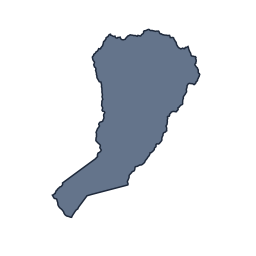 Chorrochó, Bahia, Brazil (Albers equal-area conic projection), rotated 196°
{"feature_id": "56859067B48761296402275", "entity_name": "Chorrochó", "entity_type": "district", "adm_level": 2, "iso_a3": "BRA", "parent_name": "Brazil", "parent_adm1": "Bahia", "projection": "albers", "projection_center": [-39.189, -9.189], "detail": "fine", "context": "isolated", "style": "filled", "palette": "slate", "viewbox_px": 256, "rotation_deg": 196, "n_neighbors": 0, "source": "geoboundaries", "source_scale": "gbopen_adm2", "svg_char_len": 5908}
<svg xmlns="http://www.w3.org/2000/svg" viewBox="0 0 256 256"><g transform="rotate(196 128 128)"><path d="M157.6,26.6L157.5,27.4L157.4,28.2L157.2,28.9L156.7,30.6L156.4,31.5L156.2,32.2L156.0,32.9L155.4,34.5L155.1,35.1L154.5,35.8L154.0,36.3L153.9,37.2L153.7,38.3L153.4,39.2L148.7,51.6L143.7,54.7L113.0,72.9L112.4,73.4L112.7,74.7L113.5,75.6L113.9,76.6L113.7,77.6L113.4,79.7L113.4,81.2L113.7,81.9L113.8,82.8L113.5,83.7L112.3,86.0L112.2,86.6L111.7,87.2L111.2,87.8L110.5,88.2L110.1,89.2L110.1,90.3L110.3,91.3L110.4,92.2L110.2,92.9L109.3,93.3L108.3,93.8L107.7,94.5L106.8,95.4L106.2,95.8L105.5,95.9L104.7,96.4L104.0,97.2L102.6,99.4L102.5,100.4L102.3,101.6L101.4,103.6L100.8,105.7L100.3,106.6L100.1,107.2L99.9,108.5L99.8,109.4L99.9,110.3L99.0,110.6L98.5,111.3L98.0,112.1L97.6,112.7L97.2,113.5L96.8,114.5L97.0,115.7L96.8,116.6L96.1,117.4L96.0,118.3L96.3,119.0L96.5,119.7L96.2,120.5L95.5,120.8L94.1,121.1L93.5,122.0L93.1,122.9L92.7,123.8L92.2,125.1L92.1,125.9L92.4,126.5L92.6,127.3L92.7,128.3L92.6,129.3L92.3,130.5L92.6,131.3L92.6,132.8L92.2,133.4L91.8,133.8L90.9,134.5L90.5,135.5L90.0,136.0L90.4,136.9L90.6,138.0L90.9,138.8L91.4,139.6L92.0,140.3L91.9,141.1L91.6,141.8L91.5,142.7L91.8,143.7L91.8,144.7L92.1,145.4L92.4,146.3L92.5,147.3L92.5,148.4L93.2,149.5L93.0,150.1L92.3,150.4L91.7,150.6L91.5,151.6L91.9,152.6L91.5,153.3L91.0,154.4L90.7,155.3L89.9,155.9L89.1,156.4L88.1,156.6L86.3,156.8L85.8,157.2L85.8,157.9L85.3,158.7L84.9,159.4L85.5,161.2L84.6,162.2L84.2,163.3L83.8,164.0L83.4,164.7L82.5,165.4L82.1,166.1L82.3,167.0L82.6,167.6L82.7,168.2L82.8,168.8L83.0,169.6L83.1,170.5L82.9,171.5L83.1,172.2L83.4,172.9L83.3,173.6L83.0,174.5L82.4,176.1L82.2,177.1L81.7,178.7L81.8,179.4L82.5,180.9L82.6,181.9L82.5,182.9L82.6,183.8L82.9,184.9L82.4,186.7L82.0,187.3L81.4,187.8L80.4,187.9L79.3,188.1L78.2,188.4L76.5,187.9L75.9,188.3L75.8,189.1L75.3,189.7L75.2,190.6L75.2,191.3L74.7,191.8L74.3,192.8L74.5,193.8L74.4,194.4L74.2,195.0L74.1,196.3L73.8,197.3L73.9,198.2L73.8,199.2L74.4,199.9L75.2,200.2L75.8,200.8L76.0,201.6L76.3,202.4L76.4,203.1L77.3,204.0L77.9,204.9L78.6,205.2L79.4,205.7L81.2,207.2L81.2,208.0L81.0,208.6L80.6,209.2L81.0,209.8L80.8,210.6L81.0,211.6L81.5,212.7L82.1,213.2L82.1,214.6L83.0,215.2L83.9,214.9L84.6,215.1L85.4,214.8L86.1,214.9L86.9,214.8L87.6,215.6L88.1,216.6L88.7,217.5L89.3,218.0L90.0,218.7L90.5,219.5L91.1,220.2L91.6,220.9L91.9,221.6L92.3,222.2L92.8,222.9L93.4,222.2L94.1,221.5L94.9,221.4L95.3,220.8L95.3,220.0L95.9,219.7L96.6,219.7L97.4,219.9L98.1,219.3L99.0,218.6L101.5,219.2L102.1,219.6L102.8,220.1L103.4,220.8L104.2,221.4L104.6,222.2L105.4,223.7L105.9,224.0L106.5,224.4L107.1,225.1L107.6,225.5L108.5,226.3L108.9,227.1L109.7,227.4L110.4,227.2L111.4,226.8L112.3,226.6L112.6,227.2L113.0,227.7L113.6,228.5L114.3,228.2L115.9,227.8L116.7,227.8L118.3,227.4L119.2,227.4L120.2,227.3L121.1,227.4L121.7,227.7L122.4,227.5L123.2,227.6L123.8,228.0L124.2,228.5L124.7,229.1L125.3,229.6L126.4,229.2L127.6,228.9L128.4,228.4L129.4,228.5L130.6,228.4L131.9,228.4L132.9,227.9L133.9,228.0L134.6,228.5L135.6,228.4L136.1,228.0L136.7,227.5L137.3,226.9L138.2,226.3L139.2,225.9L139.6,225.1L139.3,224.2L139.4,223.2L139.9,222.3L140.6,221.7L140.9,220.8L141.2,220.0L141.8,219.8L143.0,219.8L144.0,219.8L144.4,218.7L145.1,218.7L145.8,218.9L146.8,218.9L147.8,218.4L148.7,218.5L149.7,218.4L150.6,218.2L151.5,218.2L152.1,217.7L152.7,216.9L153.3,216.7L154.6,214.3L154.9,213.4L155.1,212.5L155.9,212.1L156.7,211.5L157.7,211.3L158.5,211.3L159.4,211.7L160.1,212.5L160.6,213.2L161.2,212.8L161.9,212.5L162.7,212.3L163.1,211.5L164.1,211.3L164.8,211.5L165.4,211.9L165.8,212.7L166.7,212.3L167.4,212.0L168.4,212.2L169.2,212.5L170.2,212.4L170.7,213.3L171.4,212.9L171.9,212.4L172.2,211.6L172.3,210.5L172.9,209.9L173.5,209.3L174.0,208.6L173.8,207.9L173.8,207.2L174.2,206.4L174.5,205.2L175.2,204.5L175.3,203.7L175.1,202.9L175.1,202.2L175.1,201.0L175.1,199.9L175.6,199.1L175.8,198.4L176.2,197.7L176.1,196.8L176.6,196.3L177.4,196.3L178.1,196.2L178.1,195.4L178.3,194.6L178.5,193.6L179.0,193.0L179.6,192.6L179.8,191.6L180.1,190.7L180.6,190.2L181.2,189.3L181.0,188.4L181.3,187.6L181.8,186.8L181.7,186.0L181.2,185.1L180.8,184.3L180.2,183.5L179.3,182.8L178.6,182.4L178.2,181.6L178.3,180.9L178.2,180.2L178.4,179.3L177.9,178.7L177.0,177.4L176.1,177.2L175.4,176.5L175.0,175.5L175.1,174.5L174.5,173.7L174.0,172.8L173.4,172.0L173.1,170.6L172.4,169.8L171.7,167.8L171.1,167.2L170.6,166.8L169.0,165.2L168.4,164.6L167.4,164.6L166.5,164.6L166.3,163.8L165.8,163.2L165.5,162.6L165.0,161.2L164.9,160.2L164.2,159.4L163.6,157.5L163.3,156.8L163.1,155.8L162.9,155.1L162.4,154.3L161.7,152.8L161.6,152.0L161.7,151.2L161.3,150.4L160.5,149.2L160.1,148.5L160.4,147.8L160.5,146.9L160.4,145.9L160.1,145.3L159.6,142.4L159.2,141.9L158.6,141.4L158.0,140.5L157.8,139.9L157.9,138.0L157.0,137.2L155.7,137.3L155.0,137.0L154.5,136.3L154.7,135.4L155.1,134.4L154.9,133.3L153.9,131.2L153.9,130.3L154.0,129.7L154.2,128.5L154.2,127.5L154.9,126.9L155.9,126.3L156.6,125.8L156.9,125.1L157.2,124.0L157.0,123.1L156.3,122.7L156.0,122.0L156.5,120.4L156.8,119.7L157.2,118.5L157.2,117.6L157.3,116.9L157.4,116.0L157.5,114.9L156.9,114.2L156.5,113.2L156.3,112.1L156.0,111.5L155.9,110.6L156.0,109.7L155.7,108.4L155.5,107.3L155.0,106.7L153.8,106.0L152.8,105.4L150.7,104.4L150.0,103.9L149.6,103.1L149.7,102.3L149.7,101.4L148.9,100.5L148.2,100.0L147.6,99.4L147.8,98.4L148.3,97.4L148.8,96.6L149.5,96.1L149.9,95.6L150.0,94.3L149.9,93.3L149.5,92.6L149.4,91.9L150.0,91.2L150.4,90.4L150.6,89.7L175.8,57.1L175.4,56.2L175.3,55.4L175.6,54.4L176.1,53.3L177.0,52.8L177.6,52.0L177.8,51.4L178.3,50.8L178.9,49.7L179.0,48.8L179.6,48.3L179.8,47.6L179.8,46.8L180.0,46.0L179.9,45.0L180.5,44.7L180.8,44.0L181.4,43.2L182.2,42.6L181.5,41.9L180.1,40.5L179.4,40.0L177.5,40.1L176.9,39.9L175.7,37.9L175.0,37.0L174.3,35.1L173.7,34.2L172.0,32.7L170.6,32.0L169.5,31.6L168.7,31.1L166.7,29.6L166.2,28.7L165.4,27.9L164.5,27.2L163.6,26.8L162.5,26.5L160.3,26.6L158.8,26.4L157.6,26.6Z" fill="#64748b" stroke="#1e293b" stroke-width="1.5"/></g></svg>